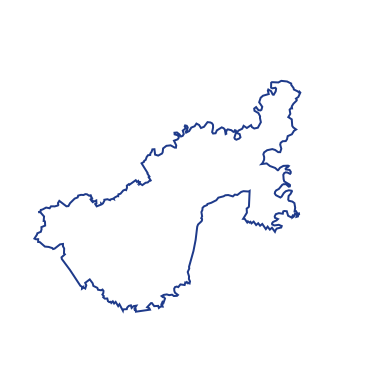 outline of Isla, Veracruz, Mexico, rotated 47°
{"feature_id": "50627088B66667085397963", "entity_name": "Isla", "entity_type": "district", "adm_level": 2, "iso_a3": "MEX", "parent_name": "Mexico", "parent_adm1": "Veracruz", "projection": "natural_earth1", "projection_center": [-95.557, 18.123], "detail": "fine", "context": "isolated", "style": "outline", "palette": "blue", "viewbox_px": 384, "rotation_deg": 47, "n_neighbors": 0, "source": "geoboundaries", "source_scale": "gbopen_adm2", "svg_char_len": 6103}
<svg xmlns="http://www.w3.org/2000/svg" viewBox="0 0 384 384"><g transform="rotate(47 192 192)"><path d="M281.3,128.9L280.6,128.4L280.0,129.6L276.7,129.0L276.0,130.0L273.9,127.3L270.0,124.7L267.5,125.1L264.5,127.1L263.2,126.8L260.8,124.1L260.6,121.2L259.7,118.5L259.1,118.2L256.8,120.0L255.4,122.9L255.4,125.8L256.5,129.5L256.3,131.1L251.6,132.8L249.6,132.5L248.6,131.2L248.2,129.4L249.0,126.4L248.3,121.1L248.7,119.7L250.5,117.9L254.1,117.6L254.6,116.6L253.8,115.6L253.0,115.6L247.2,117.3L245.2,116.3L241.7,113.5L241.1,111.7L241.5,110.1L242.9,108.9L245.6,107.9L245.5,107.0L244.6,106.0L242.4,105.6L239.5,108.0L238.9,107.8L238.6,106.0L239.1,104.8L239.0,103.5L238.2,103.8L235.2,107.4L234.3,111.1L234.8,114.1L234.5,114.5L231.1,114.8L226.1,117.3L222.0,117.9L219.0,122.1L218.9,120.5L217.6,117.3L215.7,115.4L213.1,114.1L212.2,112.2L212.7,108.5L215.4,104.0L218.0,102.5L221.6,101.8L223.0,100.3L221.3,97.2L217.5,95.2L216.5,93.6L216.7,91.1L218.7,88.7L218.2,86.5L216.4,83.9L217.9,79.6L216.8,75.7L217.3,73.2L213.8,73.9L212.0,73.6L206.9,69.5L202.9,70.5L201.9,66.8L198.4,64.5L198.2,62.7L199.1,61.8L197.4,60.6L196.6,57.6L196.5,53.5L196.2,52.6L194.6,52.3L195.0,49.4L193.2,45.0L192.0,45.0L192.4,45.9L190.6,46.0L186.5,47.6L185.2,46.8L181.5,46.4L180.3,45.5L176.0,47.1L171.6,50.9L170.8,54.1L166.2,58.6L166.1,59.6L169.6,63.0L170.9,62.6L172.7,59.9L173.9,60.1L175.5,62.2L176.6,65.9L175.8,66.5L172.2,65.4L169.1,66.3L169.6,67.4L172.7,69.1L170.0,74.4L169.9,77.5L172.2,81.7L177.6,82.5L179.2,85.1L179.1,86.2L177.5,87.6L173.6,87.2L173.4,89.6L175.2,90.9L179.6,89.6L183.1,90.6L184.2,91.8L187.9,94.0L189.9,100.0L188.0,103.2L185.4,103.9L183.4,103.2L182.6,108.2L178.8,109.1L180.0,112.1L178.8,116.0L179.1,119.1L182.2,117.7L185.0,119.2L185.1,121.0L184.0,123.9L182.5,124.4L181.2,124.0L178.3,118.8L177.0,118.0L176.1,118.4L176.7,120.2L176.3,120.7L173.6,121.1L170.6,123.1L170.5,124.4L171.4,126.2L172.8,127.2L172.6,127.9L168.7,125.4L166.8,125.4L165.0,126.2L163.9,131.8L165.1,134.7L163.6,136.7L161.9,136.4L159.3,132.7L157.3,130.9L155.5,130.5L153.7,131.1L151.5,133.0L152.5,138.8L151.3,141.8L147.9,141.1L145.0,142.1L145.7,145.2L144.4,148.6L145.5,152.5L144.6,155.8L143.6,155.4L143.3,153.4L141.9,151.1L140.0,150.7L138.6,151.6L139.0,152.6L141.1,153.1L140.8,156.9L144.0,158.5L144.6,160.6L143.9,162.2L141.2,161.9L138.2,162.4L136.7,164.4L138.0,165.4L140.5,163.9L142.5,163.9L143.3,164.8L143.7,166.6L142.2,170.2L147.1,171.7L148.6,173.5L147.7,174.4L143.3,175.8L140.8,179.2L140.4,183.4L142.9,186.3L143.4,187.7L142.3,191.9L139.5,193.5L135.1,190.3L133.8,191.9L135.0,194.0L135.4,196.2L136.4,197.3L135.1,199.1L135.5,201.3L136.9,204.0L136.6,205.7L137.2,206.6L136.6,209.3L148.3,211.6L148.5,211.1L148.4,212.1L151.7,212.6L151.6,213.6L155.4,214.3L155.4,214.7L154.8,215.3L154.8,217.9L153.6,219.6L153.1,223.6L150.7,224.2L150.5,225.1L149.9,224.3L149.5,225.0L149.0,223.5L148.2,224.2L147.3,223.8L147.1,225.4L145.0,225.1L144.0,232.9L143.2,232.8L142.9,235.3L144.6,236.7L145.7,238.9L144.7,239.4L144.0,241.2L144.5,245.5L143.5,247.4L144.7,248.8L144.2,249.1L143.5,251.5L143.2,253.7L143.8,254.0L143.1,254.2L141.9,256.7L142.1,257.5L139.6,258.8L137.9,261.4L138.6,262.0L139.6,264.9L139.4,266.2L138.6,266.3L139.3,266.8L137.5,271.5L134.8,271.0L135.2,269.7L132.9,267.8L131.7,271.4L130.4,270.8L130.1,269.7L130.1,271.5L128.2,271.2L128.4,269.3L125.8,269.1L126.1,268.6L125.3,268.3L124.4,269.8L122.0,270.4L120.8,271.5L120.2,273.4L118.4,275.1L117.0,277.7L118.0,279.3L116.8,282.3L117.0,288.8L118.0,292.0L116.8,293.6L108.0,295.1L108.7,297.6L110.3,298.6L110.4,299.3L108.9,302.2L106.3,304.9L106.8,307.2L103.9,309.3L102.8,313.4L102.0,314.8L102.9,316.0L101.9,318.2L103.4,316.7L109.0,316.9L112.0,320.2L112.5,319.6L113.6,319.9L116.4,322.3L115.0,326.1L116.7,327.5L118.0,329.7L116.7,333.3L117.4,334.3L118.6,339.0L120.1,338.4L121.6,336.7L123.6,338.6L124.8,337.5L131.6,336.8L134.4,334.3L137.8,332.4L139.0,332.5L139.7,331.1L140.3,324.2L142.0,321.8L143.7,323.4L146.1,324.0L149.6,327.5L150.9,327.5L150.8,332.0L152.2,332.9L165.7,334.4L184.5,337.6L186.3,337.0L187.1,337.8L187.2,336.9L187.8,337.9L188.1,336.3L189.8,335.9L188.1,332.9L185.6,332.1L186.2,326.4L191.0,326.9L193.4,328.2L197.5,326.6L199.4,327.4L201.9,325.5L202.3,324.0L204.0,324.2L205.5,325.9L205.9,327.5L208.0,327.5L208.4,328.7L210.5,328.5L212.1,326.6L214.5,327.9L216.1,327.6L216.8,326.4L218.1,326.7L218.0,324.5L220.4,325.0L220.3,322.8L225.1,323.8L224.6,321.6L231.7,323.5L230.9,322.4L233.2,319.6L232.3,318.2L232.2,315.9L233.2,314.0L235.6,315.2L235.6,312.6L237.2,310.2L238.2,313.6L239.0,313.1L239.6,314.2L240.2,313.7L241.3,314.6L249.4,303.0L247.8,302.5L245.7,303.4L245.3,297.8L245.9,297.1L249.7,297.5L252.2,294.4L254.2,295.3L254.5,291.3L255.2,292.2L255.8,291.6L254.1,290.9L253.9,289.3L253.8,290.7L253.2,290.8L253.2,288.9L252.4,289.0L252.2,288.4L253.5,288.2L251.5,284.4L249.9,284.2L249.0,285.0L247.4,285.2L248.0,282.8L249.7,280.3L251.9,279.0L253.5,276.6L255.7,276.2L257.7,273.8L257.7,272.5L254.0,273.1L252.2,272.3L250.5,270.9L250.0,269.2L250.8,267.6L252.2,266.9L251.7,263.5L255.0,260.8L253.6,258.6L254.3,258.3L254.3,257.2L256.0,257.2L256.0,256.5L257.2,256.1L256.0,254.4L253.5,253.6L251.7,251.7L247.6,249.7L246.1,246.2L244.7,245.2L236.1,231.1L229.5,222.0L220.9,211.8L219.9,209.7L219.9,204.9L219.3,203.7L218.5,203.0L217.5,203.1L216.7,201.2L213.1,198.8L212.3,196.8L210.8,195.1L210.7,193.0L211.8,190.0L211.3,188.9L213.0,185.3L214.6,179.8L214.1,176.6L216.7,171.8L217.1,169.9L218.9,167.6L223.1,165.1L223.1,162.5L225.1,160.8L225.5,156.0L226.5,153.8L230.2,150.3L230.5,149.1L241.3,160.1L241.7,160.9L241.4,163.3L244.6,166.0L246.5,172.9L247.7,171.8L251.9,172.4L251.6,171.1L253.6,170.8L253.7,169.6L255.5,169.9L255.7,167.1L259.9,167.6L260.0,164.9L263.1,165.2L263.3,162.4L269.5,163.3L268.9,160.3L272.6,160.7L272.7,157.9L277.7,158.5L276.8,156.6L276.6,154.8L278.8,151.0L278.1,149.6L275.2,150.9L272.6,154.6L270.4,155.5L269.5,154.8L269.2,153.1L270.4,149.6L270.4,147.6L267.4,148.9L266.2,148.1L265.4,145.8L266.7,142.9L269.8,140.4L268.4,138.5L268.8,137.5L270.7,135.8L274.9,137.9L278.0,136.8L278.4,135.9L277.6,133.3L279.2,135.6L279.4,134.2L278.0,131.3L280.0,130.8L281.4,132.6L282.1,131.2L281.0,129.6L281.3,128.9Z" fill="none" stroke="#1e3a8a" stroke-width="2"/></g></svg>